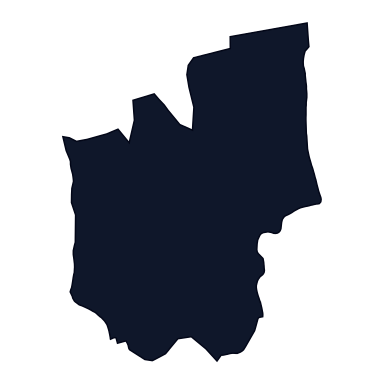 Majz, Sa`dah, Yemen (Equal Earth projection)
{"feature_id": "15242507B76983038584557", "entity_name": "Majz", "entity_type": "district", "adm_level": 2, "iso_a3": "YEM", "parent_name": "Yemen", "parent_adm1": "Sa`dah", "projection": "equal_earth", "projection_center": [43.539, 17.146], "detail": "fine", "context": "isolated", "style": "filled", "palette": "ink", "viewbox_px": 384, "rotation_deg": 0, "n_neighbors": 0, "source": "geoboundaries", "source_scale": "gbopen_adm2", "svg_char_len": 3673}
<svg xmlns="http://www.w3.org/2000/svg" viewBox="0 0 384 384"><path d="M118.0,129.2L110.6,132.3L108.8,133.1L106.6,134.0L101.1,135.5L87.2,139.4L78.0,141.1L77.6,141.2L76.8,141.3L76.5,141.4L69.4,137.8L62.9,136.7L66.2,150.6L70.0,159.7L70.0,159.9L70.5,161.6L70.5,164.3L71.1,168.3L72.7,174.3L73.1,177.2L73.3,178.9L73.4,180.0L73.5,181.4L71.9,188.3L71.6,194.5L71.5,202.6L75.6,214.9L75.3,242.3L74.5,245.2L73.8,248.4L73.3,250.6L73.3,252.6L73.3,254.4L73.5,256.0L73.8,257.9L74.5,263.9L74.6,267.1L74.4,270.4L74.3,272.6L73.8,274.4L73.2,277.8L72.9,280.0L72.2,284.5L71.6,287.7L70.8,289.7L70.2,291.9L72.3,296.3L72.8,298.2L74.4,301.0L74.8,301.4L75.0,301.6L75.5,302.0L79.2,304.8L81.4,305.6L81.6,305.6L83.4,306.4L85.4,307.3L87.1,308.1L88.4,308.7L91.0,310.1L92.6,311.1L92.8,311.2L95.0,312.3L96.3,313.3L98.2,315.1L99.6,316.3L99.9,316.6L101.4,317.6L102.7,319.0L103.1,319.4L104.6,321.0L107.0,324.6L107.8,326.9L108.6,329.5L109.0,331.0L109.8,334.9L110.3,337.7L110.4,338.9L110.5,339.2L112.1,338.5L113.1,338.0L113.9,337.8L114.8,337.6L115.5,337.7L116.1,338.0L117.5,343.2L125.9,340.9L127.1,342.8L128.1,345.1L128.7,347.8L129.0,348.8L129.7,349.8L144.9,359.5L150.3,360.3L152.2,360.6L152.4,360.6L154.8,359.4L162.0,355.6L165.5,353.7L168.7,349.9L169.1,349.3L177.9,338.7L178.6,338.6L189.9,336.9L191.3,336.7L205.9,348.8L217.0,361.0L221.2,355.1L223.0,355.1L224.5,354.8L226.3,354.4L227.9,354.1L228.1,354.0L230.1,353.5L232.1,353.2L234.1,353.2L235.7,353.3L237.4,353.3L240.5,352.0L242.1,351.0L243.5,349.8L245.5,346.6L254.6,330.7L255.5,327.6L257.9,318.8L258.5,317.8L259.6,317.3L262.7,316.7L262.8,314.8L262.7,313.0L262.3,311.0L261.9,308.8L261.5,306.9L261.4,306.7L261.2,305.7L261.1,305.2L261.0,304.9L260.4,302.3L260.4,302.2L260.2,302.1L260.2,301.9L259.5,300.1L259.2,299.0L258.9,298.1L258.6,297.2L258.4,296.8L258.3,296.3L258.2,296.1L257.9,295.1L257.6,294.1L257.1,292.2L256.9,291.3L256.6,289.9L256.3,287.7L256.3,285.6L256.8,283.3L257.1,282.3L257.3,281.4L257.7,280.5L258.1,279.5L258.3,279.2L258.6,278.8L259.3,277.8L259.4,277.7L259.6,277.3L259.9,276.9L262.6,274.7L263.4,273.7L264.1,272.3L264.4,270.5L264.3,269.4L264.1,267.9L264.1,267.4L264.0,265.6L263.9,264.9L263.7,262.3L263.5,261.2L263.3,260.0L263.0,258.5L258.2,253.6L257.2,251.9L256.8,249.6L257.1,243.8L257.7,239.9L259.8,235.3L261.2,233.6L263.2,232.6L267.9,231.8L271.3,232.4L273.8,233.3L275.6,233.4L277.3,233.1L278.8,232.3L280.1,230.8L280.9,228.8L281.6,222.4L282.3,219.5L283.8,217.2L285.4,215.8L287.0,215.1L288.5,214.4L290.0,213.6L291.6,212.7L293.2,211.6L294.6,210.7L296.5,209.7L298.5,208.6L300.6,207.7L302.1,207.3L304.0,206.8L305.7,206.4L307.4,206.1L309.2,205.7L310.7,205.2L312.4,204.9L314.2,204.4L314.4,204.4L315.0,204.3L316.1,204.0L317.7,203.9L319.3,203.6L320.8,201.8L320.9,201.0L321.1,199.7L321.1,199.1L320.8,197.4L320.1,195.5L319.3,193.2L318.5,190.7L318.0,188.6L317.4,186.4L316.8,184.1L316.3,181.9L315.8,179.7L315.2,177.9L314.7,175.9L314.2,173.9L313.5,171.6L312.9,169.3L312.3,167.4L311.5,165.3L311.0,163.4L310.3,160.9L309.6,158.6L309.1,156.7L308.6,154.4L308.2,152.4L307.7,150.0L307.5,148.9L306.7,135.9L306.3,133.3L306.3,133.0L305.9,120.0L305.9,117.4L306.0,114.9L306.0,112.7L306.0,107.3L306.2,105.1L306.2,102.4L306.8,97.4L306.8,93.8L306.6,91.0L306.4,89.0L306.4,86.1L306.2,84.2L305.9,82.1L305.8,81.2L305.7,80.1L305.2,75.3L305.2,73.4L304.7,71.2L304.2,68.6L303.4,66.0L303.2,63.0L303.2,61.2L303.5,58.1L304.1,54.7L305.1,51.1L306.9,49.1L308.9,46.7L308.5,42.3L308.4,41.2L308.1,37.3L307.1,23.0L230.2,36.7L230.3,48.5L193.6,57.8L188.3,65.3L186.9,74.7L189.0,87.3L193.9,107.3L192.5,130.2L180.3,124.8L179.8,124.6L173.9,117.4L168.1,110.4L164.2,105.0L158.9,99.4L154.2,93.9L133.0,100.3L134.4,120.2L129.2,142.8L118.0,129.2Z" fill="#0f172a" stroke="#020617" stroke-width="1.5"/></svg>